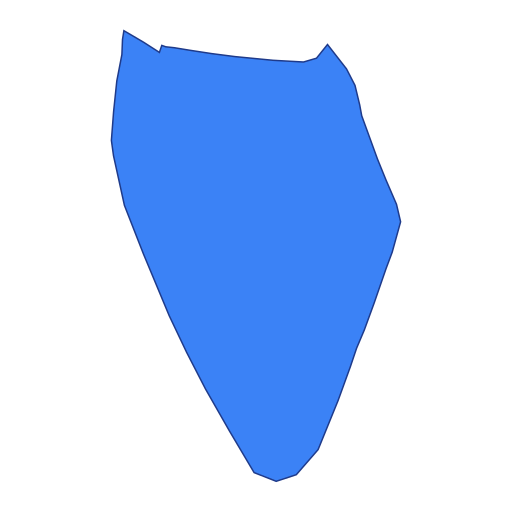 the district of Tonga, Tuvalu
{"feature_id": "33948139B52868030722723", "entity_name": "Tonga", "entity_type": "district", "adm_level": 2, "iso_a3": "TUV", "parent_name": "Tuvalu", "parent_adm1": "", "projection": "equal_earth", "projection_center": [176.319, -6.294], "detail": "fine", "context": "isolated", "style": "filled", "palette": "blue", "viewbox_px": 512, "rotation_deg": 0, "n_neighbors": 0, "source": "geoboundaries", "source_scale": "gbopen_adm2", "svg_char_len": 653}
<svg xmlns="http://www.w3.org/2000/svg" viewBox="0 0 512 512"><path d="M123.9,30.7L122.5,39.4L121.9,54.5L116.8,81.0L113.6,111.6L111.4,140.4L113.5,155.7L124.4,205.3L143.5,254.1L169.2,315.7L186.6,352.3L205.5,389.0L229.4,430.9L254.1,472.6L276.2,481.3L296.3,474.7L318.1,449.6L338.1,400.5L350.4,366.6L356.6,348.2L364.3,330.0L374.2,302.9L386.1,268.5L392.2,252.2L400.6,221.8L396.5,204.3L386.0,180.0L377.5,159.1L361.7,115.7L359.7,104.9L355.0,85.4L346.5,68.9L327.5,44.5L316.5,58.2L303.5,62.0L273.1,60.3L235.0,56.6L211.7,53.6L190.1,50.3L174.2,47.7L165.8,46.8L161.8,45.4L159.4,52.4L143.7,42.3L123.9,30.7Z" fill="#3b82f6" stroke="#1e3a8a" stroke-width="1.5"/></svg>